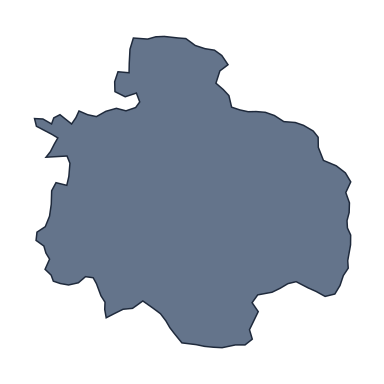 outline of Tuiuti, São Paulo, Brazil, rotated 93°
{"feature_id": "56859067B66015018997927", "entity_name": "Tuiuti", "entity_type": "district", "adm_level": 2, "iso_a3": "BRA", "parent_name": "Brazil", "parent_adm1": "São Paulo", "projection": "robinson", "projection_center": [-46.691, -22.831], "detail": "fine", "context": "isolated", "style": "filled", "palette": "slate", "viewbox_px": 384, "rotation_deg": 93, "n_neighbors": 0, "source": "geoboundaries", "source_scale": "gbopen_adm2", "svg_char_len": 1668}
<svg xmlns="http://www.w3.org/2000/svg" viewBox="0 0 384 384"><g transform="rotate(93 192 192)"><path d="M38.9,236.3L41.6,244.3L41.3,258.6L52.6,261.4L66.5,261.4L76.2,261.1L75.8,272.2L85.9,275.0L95.8,274.2L100.4,263.7L96.1,252.7L104.8,248.9L110.6,252.7L114.4,262.2L112.4,271.9L115.9,282.2L121.7,291.4L120.3,300.2L117.0,309.1L123.8,311.8L130.4,315.8L121.7,327.9L125.2,333.9L131.4,335.8L126.9,344.7L126.9,353.1L134.5,350.8L141.5,335.5L145.0,328.8L151.1,331.9L159.1,335.5L164.9,339.6L163.8,329.6L162.6,318.7L169.7,315.4L182.9,315.8L191.9,317.4L189.8,328.3L198.1,332.2L211.6,331.9L223.6,333.0L234.3,336.7L240.2,344.7L248.5,345.2L253.7,337.1L260.6,334.7L266.5,330.7L276.9,334.7L282.4,328.3L288.3,325.8L290.3,318.7L291.3,310.4L288.6,300.7L282.1,293.9L282.8,286.2L288.6,282.6L300.4,277.5L306.6,273.1L313.9,273.0L322.1,271.1L317.9,263.9L312.7,254.7L311.3,245.3L303.4,235.4L310.0,224.9L315.2,217.1L322.1,211.3L328.7,207.0L334.2,202.3L343.2,194.2L344.2,179.8L345.5,171.4L345.9,162.5L345.9,153.8L342.4,140.5L341.9,131.0L335.8,124.1L326.5,127.4L308.0,119.6L299.4,126.2L291.3,121.0L287.9,106.8L283.5,98.9L278.5,91.4L276.1,83.3L281.7,71.0L284.8,62.9L289.3,53.6L286.4,44.0L277.6,39.3L267.5,36.5L259.9,32.0L252.4,32.9L236.5,30.9L226.7,31.3L219.8,34.9L212.5,35.7L204.3,34.0L194.6,34.2L184.5,38.4L173.6,34.0L164.9,39.8L158.3,49.3L153.6,62.4L140.8,68.2L130.7,68.9L124.8,74.1L119.6,84.1L117.2,92.5L116.9,104.0L111.3,113.7L108.6,122.9L108.3,132.1L108.9,140.1L107.5,148.6L105.2,156.9L93.8,160.2L88.1,166.1L82.1,173.8L69.6,170.5L63.0,162.7L54.1,169.4L49.2,177.0L48.2,186.5L45.5,196.5L39.1,206.2L38.9,214.1L38.1,227.9L38.9,236.3Z" fill="#64748b" stroke="#1e293b" stroke-width="1.5"/></g></svg>